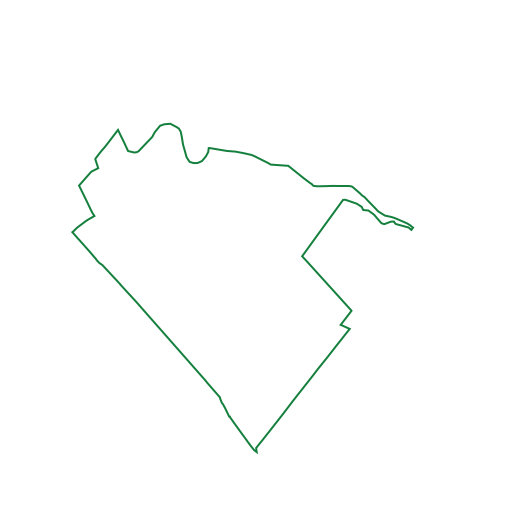 the district of Robeasca, Buzau, Romania, rotated 153°
{"feature_id": "2599482B80485604843100", "entity_name": "Robeasca", "entity_type": "district", "adm_level": 2, "iso_a3": "ROU", "parent_name": "Romania", "parent_adm1": "Buzau", "projection": "robinson", "projection_center": [27.128, 45.133], "detail": "fine", "context": "isolated", "style": "outline", "palette": "green", "viewbox_px": 512, "rotation_deg": 153, "n_neighbors": 0, "source": "geoboundaries", "source_scale": "gbopen_adm2", "svg_char_len": 2303}
<svg xmlns="http://www.w3.org/2000/svg" viewBox="0 0 512 512"><g transform="rotate(153 256 256)"><path d="M408.8,360.5L408.2,358.2L408.1,357.8L407.1,353.9L405.5,347.9L401.9,334.1L401.0,330.2L400.0,326.2L399.8,324.5L398.8,321.0L398.6,320.6L397.0,317.7L389.7,292.1L389.8,291.9L383.7,270.1L360.9,181.0L357.5,167.7L357.1,165.5L353.3,150.3L352.3,146.4L352.7,145.0L353.1,140.6L352.7,138.9L352.6,134.5L352.8,125.0L352.5,124.5L352.2,124.5L352.2,123.0L350.2,110.0L349.8,107.4L349.0,102.3L348.9,101.8L347.6,93.6L347.1,90.4L346.8,88.8L346.1,85.3L345.8,83.9L345.1,82.4L344.4,81.0L344.0,82.3L343.0,84.9L330.8,90.4L318.7,96.0L303.8,102.9L289.3,109.9L272.2,117.8L267.2,120.1L260.1,123.4L251.5,127.5L238.3,133.4L225.9,139.2L205.6,148.5L211.8,156.2L195.8,163.8L195.8,164.1L202.0,187.1L213.8,230.6L214.0,231.1L215.0,234.8L185.7,249.8L152.9,266.5L150.7,265.4L142.5,256.9L139.5,251.7L139.6,248.3L135.2,245.5L132.1,239.3L129.4,228.4L128.1,226.9L127.0,226.1L120.5,225.4L118.6,224.7L117.4,223.9L117.5,223.5L117.0,221.1L107.2,212.2L105.7,208.7L105.4,208.8L104.0,209.6L103.2,210.0L103.7,211.0L104.3,212.4L104.6,213.2L105.4,214.5L106.5,216.4L113.7,225.1L115.0,226.6L116.1,227.8L117.9,229.5L122.8,233.5L126.0,238.8L126.7,239.9L127.5,242.2L128.0,244.2L131.1,254.1L132.5,259.1L134.0,261.8L134.8,264.3L138.7,273.9L139.7,275.0L141.5,276.2L151.8,281.5L156.2,283.8L163.0,287.0L169.8,290.3L172.9,292.4L173.3,293.2L173.6,294.6L174.9,296.9L178.4,304.1L186.3,321.7L201.3,330.7L203.1,333.5L212.7,346.5L214.4,348.3L219.9,352.9L226.1,357.7L227.3,358.6L228.7,359.4L234.2,362.8L239.1,366.4L246.9,372.2L248.1,373.1L249.1,373.6L251.4,370.3L255.4,367.5L261.1,365.1L265.9,365.4L269.4,367.1L272.4,370.0L272.7,372.7L273.0,375.5L270.4,388.5L268.0,395.9L266.6,401.1L266.9,404.6L268.0,406.6L272.3,412.7L277.9,415.0L282.3,415.6L289.9,412.3L294.4,409.2L312.9,402.7L314.9,402.6L317.4,403.4L322.3,407.6L322.2,411.9L322.0,416.2L321.9,420.3L321.9,424.1L321.7,431.0L325.7,429.1L338.6,422.9L341.5,421.6L346.0,419.8L348.0,418.9L349.7,418.1L352.4,416.8L354.9,415.6L355.3,415.0L356.7,405.9L363.2,405.9L364.1,405.9L364.8,405.8L381.7,399.1L381.8,390.2L382.0,379.6L382.2,371.7L382.2,368.7L381.8,365.0L389.6,364.6L392.6,364.2L396.6,363.5L402.8,362.4L403.4,362.2L405.8,361.4L408.1,360.7L408.7,360.5L408.8,360.5Z" fill="none" stroke="#15803d" stroke-width="2"/></g></svg>